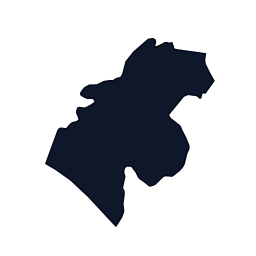 outline of Santa Rosa, rotated 20°
{"feature_id": "GTM-1957", "entity_name": "Santa Rosa", "entity_type": "Department", "adm_level": 1, "iso_a3": "GTM", "parent_name": "Guatemala", "parent_adm1": "", "projection": "natural_earth1", "projection_center": [-90.341, 14.154], "detail": "fine", "context": "isolated", "style": "filled", "palette": "ink", "viewbox_px": 256, "rotation_deg": 20, "n_neighbors": 0, "source": "natural_earth", "source_scale": "10m", "svg_char_len": 2024}
<svg xmlns="http://www.w3.org/2000/svg" viewBox="0 0 256 256"><g transform="rotate(20 128 128)"><path d="M150.1,224.2L149.0,223.7L114.0,205.8L91.7,196.3L73.6,191.4L63.1,189.5L63.0,186.6L63.1,153.8L63.6,152.5L64.5,151.4L67.1,150.6L69.6,150.2L70.3,149.8L70.8,149.4L71.5,146.8L73.2,143.1L74.3,141.9L77.3,139.9L78.1,139.0L78.8,138.0L79.1,137.4L79.0,136.6L78.6,135.5L75.3,132.0L74.9,131.5L74.1,129.7L74.1,126.1L75.6,125.3L79.7,124.5L80.3,124.2L81.8,123.2L85.4,119.3L88.2,115.2L88.1,114.4L87.5,113.5L85.6,112.4L84.5,112.2L83.7,112.3L80.2,113.8L79.5,113.9L78.1,114.0L76.6,113.9L73.6,113.2L72.6,112.9L72.1,112.6L71.8,111.8L71.8,110.5L72.5,107.7L73.8,104.7L77.1,101.0L83.6,98.4L85.3,97.1L89.6,92.6L93.9,90.2L95.7,89.4L97.0,89.1L97.6,88.9L98.0,88.5L99.9,85.9L100.6,85.3L101.3,84.8L101.9,84.5L102.4,84.2L102.9,83.9L103.3,83.4L104.4,82.0L104.7,78.7L103.5,66.3L107.6,54.3L116.9,37.7L120.7,35.7L121.6,35.6L123.3,36.1L123.9,36.9L124.4,37.6L124.7,40.8L124.9,41.5L125.2,42.1L125.6,42.6L126.6,42.3L128.0,41.2L132.3,36.8L133.6,35.2L135.4,34.5L137.4,34.5L140.1,33.0L142.9,36.4L143.3,37.1L144.2,37.9L144.7,38.2L147.8,37.7L150.7,37.1L175.4,31.8L176.6,38.0L178.6,41.6L186.6,49.2L192.6,54.3L188.5,68.8L185.4,69.2L186.0,74.2L185.8,75.1L185.3,75.3L184.2,74.9L183.1,74.2L180.6,74.1L172.8,75.9L172.3,76.3L169.3,79.2L161.3,101.9L164.5,104.6L175.0,108.0L176.2,108.6L177.1,109.3L178.7,111.2L185.7,117.7L191.2,123.8L192.2,126.5L191.9,132.2L193.0,142.7L192.9,143.5L192.7,145.0L192.0,147.3L190.9,150.2L186.9,156.6L185.7,158.2L185.1,158.4L182.1,159.1L179.5,159.9L178.3,160.8L177.5,161.4L176.1,164.4L172.5,171.9L169.0,174.7L168.3,174.8L167.3,174.9L165.1,173.9L156.3,171.4L155.1,170.9L150.7,166.7L144.4,162.6L140.3,163.9L139.0,165.1L138.6,166.0L138.4,167.5L138.4,168.9L138.6,169.8L139.3,171.7L140.1,172.8L141.2,174.1L141.6,175.2L143.2,186.1L143.5,186.7L143.8,187.2L144.3,187.6L145.4,188.2L146.1,189.5L146.9,191.6L149.0,200.8L151.9,206.8L152.3,208.1L152.5,209.4L152.4,214.1L151.0,220.6L150.1,224.2Z" fill="#0f172a" stroke="#020617" stroke-width="1.5"/></g></svg>